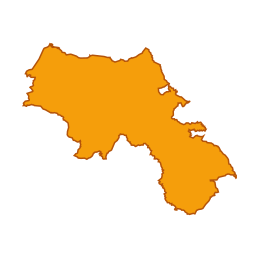 outline of Tianguistengo, Hidalgo, Mexico, rotated 262°
{"feature_id": "50627088B25883643006706", "entity_name": "Tianguistengo", "entity_type": "district", "adm_level": 2, "iso_a3": "MEX", "parent_name": "Mexico", "parent_adm1": "Hidalgo", "projection": "equal_earth", "projection_center": [-98.571, 20.781], "detail": "fine", "context": "isolated", "style": "filled", "palette": "amber", "viewbox_px": 256, "rotation_deg": 262, "n_neighbors": 0, "source": "geoboundaries", "source_scale": "gbopen_adm2", "svg_char_len": 5883}
<svg xmlns="http://www.w3.org/2000/svg" viewBox="0 0 256 256"><g transform="rotate(262 128 128)"><path d="M164.8,27.5L164.7,28.8L163.7,30.3L163.7,30.7L164.7,31.3L164.2,33.0L164.7,35.9L164.3,36.3L164.0,37.7L163.3,38.3L161.8,44.6L158.6,46.6L157.6,48.7L153.6,53.9L153.9,54.4L153.3,55.8L153.5,57.0L152.5,59.7L151.5,60.5L150.7,60.6L150.5,61.9L149.8,63.2L148.9,63.7L148.5,64.9L147.5,65.7L146.6,65.1L145.0,65.2L145.1,65.7L141.7,69.1L140.7,69.4L136.8,69.3L133.0,67.6L129.7,66.9L128.5,67.4L127.3,68.4L126.0,71.4L123.4,72.2L123.3,73.2L121.2,75.9L121.1,77.0L122.1,79.0L121.0,79.1L120.0,78.5L118.2,78.9L116.4,78.1L116.1,78.5L114.6,77.3L113.4,75.6L110.4,74.6L109.9,74.0L109.8,72.8L108.2,70.9L106.4,73.8L105.2,74.5L104.5,77.2L104.2,80.8L102.8,82.9L103.7,84.8L104.0,86.7L105.4,88.8L107.9,90.4L108.0,91.1L108.7,91.9L108.5,93.7L109.2,96.6L108.2,97.7L106.9,96.5L107.0,97.8L106.7,98.1L106.3,97.1L106.4,97.7L105.9,98.5L106.0,97.7L105.7,97.2L105.6,97.7L104.6,95.9L104.8,97.1L103.6,98.0L103.4,98.7L101.4,98.7L100.7,99.3L100.5,102.1L102.5,102.0L105.9,103.7L106.0,104.6L107.5,105.8L108.1,107.9L108.6,108.7L115.5,112.8L117.3,115.8L117.9,115.9L118.7,117.0L120.3,117.9L121.8,117.9L122.1,118.9L123.0,119.4L123.1,119.9L122.5,120.8L122.4,122.4L121.2,123.7L121.0,125.2L119.1,125.3L117.3,126.1L116.1,125.5L113.8,127.5L113.8,128.1L112.5,128.1L111.8,128.8L110.6,128.9L110.0,131.7L108.7,132.7L108.7,133.2L109.8,135.9L109.1,137.1L109.3,139.3L109.0,140.6L110.4,141.3L110.3,143.1L108.6,144.1L107.7,145.5L106.4,144.8L105.8,144.9L105.6,146.4L102.9,147.1L102.3,148.2L98.7,146.4L98.8,147.5L97.1,148.5L96.8,150.0L95.5,150.5L93.8,149.7L93.5,150.6L93.7,152.3L93.0,152.7L92.4,154.0L90.4,153.3L90.1,154.5L88.8,155.3L85.2,155.6L83.5,156.4L82.0,156.0L81.2,157.9L81.1,156.7L80.4,156.1L78.6,156.8L77.7,155.2L75.9,155.2L73.6,154.2L71.7,150.9L70.5,152.3L70.1,152.2L69.6,151.1L68.6,151.2L67.5,152.4L67.7,154.1L66.1,153.3L65.7,154.5L64.0,154.1L63.3,155.7L63.5,154.8L62.2,155.7L60.1,155.6L58.7,156.7L58.0,156.1L57.8,154.7L57.4,154.7L55.8,155.4L54.8,154.9L53.9,155.7L52.8,154.8L50.8,155.5L50.1,156.2L48.6,156.6L48.3,158.6L47.0,159.1L47.1,160.8L45.6,160.5L45.5,162.2L43.6,164.0L42.5,164.3L41.1,162.9L40.4,163.2L40.0,164.9L41.0,165.1L41.3,165.8L40.3,168.9L39.2,169.7L39.0,171.3L38.3,172.4L37.1,172.8L35.4,174.7L34.5,174.7L34.4,176.1L33.9,176.9L34.4,180.8L33.7,182.3L36.8,184.4L37.5,186.6L37.5,189.2L37.9,190.9L41.5,194.2L44.5,197.9L46.8,199.6L48.1,199.9L48.0,200.9L49.0,202.1L49.1,203.9L49.7,204.0L49.5,204.5L50.9,204.4L52.1,205.5L51.7,207.0L52.0,208.6L55.2,208.1L56.9,206.6L62.3,206.5L64.0,204.4L64.2,202.3L64.9,202.3L64.2,208.8L66.6,210.9L67.3,217.8L68.0,218.4L68.5,220.1L68.3,221.7L67.4,223.0L66.7,226.3L65.7,226.2L64.4,227.6L63.4,227.9L63.6,228.2L66.1,228.5L67.7,227.3L67.9,227.7L69.2,227.5L71.5,225.5L72.1,226.1L74.4,225.9L75.0,225.0L77.6,224.2L78.4,222.9L82.7,223.0L84.3,222.4L87.5,220.5L89.0,218.7L92.2,216.9L92.5,216.1L93.2,216.3L95.9,215.4L97.3,214.5L97.2,214.0L97.9,213.6L98.5,212.2L98.5,210.8L99.7,210.4L101.5,208.4L102.5,204.3L103.7,203.8L104.5,200.3L106.2,199.1L109.6,201.6L109.1,200.5L109.5,198.2L110.6,195.6L111.1,195.4L110.8,193.8L109.0,191.1L110.8,188.0L112.1,189.6L112.5,188.7L113.5,189.3L113.5,188.9L113.7,189.3L115.2,189.2L115.5,189.0L115.3,188.2L116.5,187.4L116.9,188.0L118.0,188.3L117.0,189.4L117.0,190.8L117.1,191.6L117.5,192.3L117.1,192.7L117.4,193.3L116.7,193.4L116.6,194.0L115.3,194.2L115.3,195.3L116.0,196.5L115.5,197.4L115.8,198.6L115.1,198.7L115.6,200.4L115.0,200.7L114.8,201.3L115.4,202.5L114.3,203.8L116.0,205.2L116.3,204.4L117.6,204.6L118.4,203.7L119.0,204.0L119.4,202.7L120.2,202.8L120.1,202.0L120.7,202.2L121.3,201.2L121.9,201.8L123.6,200.8L123.3,197.8L124.4,197.7L123.1,195.2L124.3,191.9L123.7,191.6L123.0,190.0L124.6,188.4L124.9,186.3L124.1,185.5L123.6,183.7L125.6,180.2L126.5,179.7L127.6,178.1L129.5,177.4L129.6,175.4L130.6,175.3L130.9,173.3L131.6,172.6L132.8,172.7L134.4,174.7L138.2,175.1L139.8,176.2L140.7,176.3L141.0,177.3L142.7,179.5L143.0,180.5L144.4,180.7L145.0,181.4L145.6,181.2L145.5,183.9L141.8,185.0L141.5,185.4L142.2,187.0L143.6,187.9L143.8,188.5L144.9,189.5L144.4,190.6L145.9,193.3L145.8,191.2L146.3,190.1L147.2,188.6L151.3,185.2L151.7,183.6L154.0,180.3L155.1,179.8L155.7,180.3L156.5,180.3L156.9,181.7L157.6,181.7L158.0,180.4L159.2,180.5L158.8,179.0L159.4,178.4L161.0,178.5L161.5,176.7L163.1,175.8L164.2,174.2L163.5,173.9L162.3,174.1L161.3,173.5L159.9,174.0L159.4,175.0L158.4,175.0L158.7,173.9L158.3,173.2L158.5,171.3L157.5,168.9L156.1,167.5L156.5,165.3L157.4,164.5L159.7,163.4L163.0,163.6L163.0,166.6L163.6,168.4L163.6,169.5L165.3,172.6L165.8,175.0L166.2,175.1L167.8,173.2L169.3,172.7L171.1,170.7L174.3,170.9L179.5,169.0L180.4,169.3L181.6,168.8L184.5,168.8L185.0,168.3L186.0,168.7L189.8,162.9L190.5,163.0L191.9,161.7L194.0,162.1L195.1,161.3L196.0,162.1L197.8,160.9L199.1,161.0L199.7,160.3L201.3,159.4L202.6,159.5L204.7,156.7L201.2,153.1L200.2,152.6L199.2,149.3L197.3,145.7L196.6,141.7L197.0,141.5L196.2,138.7L194.3,137.0L194.6,133.9L195.9,133.0L197.0,130.2L196.2,129.7L195.9,128.9L195.1,124.3L197.0,121.4L198.2,121.2L199.3,120.1L200.4,120.1L200.7,117.5L202.1,114.3L205.0,103.0L204.7,100.7L205.1,100.4L204.2,100.2L203.0,97.7L203.8,90.8L204.5,88.8L206.3,87.0L208.8,82.2L209.1,81.2L209.0,77.1L211.4,75.9L212.1,73.3L213.6,72.9L216.2,70.7L216.5,69.9L216.9,70.9L217.2,70.7L218.5,66.2L219.2,65.0L218.3,65.3L218.4,64.3L220.5,62.8L220.5,64.7L221.1,64.9L221.9,64.1L221.6,63.4L222.3,62.5L220.1,61.0L219.3,59.5L218.7,56.3L218.0,55.5L208.6,49.5L199.8,41.6L199.4,40.9L199.4,38.3L198.7,36.4L198.3,35.5L196.0,34.0L195.5,35.2L193.0,35.2L192.9,35.6L194.1,36.8L194.4,37.8L193.8,38.9L192.8,38.1L191.7,39.1L191.0,43.1L188.8,42.3L188.0,40.8L187.1,40.9L185.6,40.0L183.5,40.3L182.7,39.4L182.3,37.1L181.8,36.6L180.4,37.8L177.9,39.0L177.3,38.3L176.3,32.9L173.5,34.2L171.2,33.6L170.2,34.2L169.5,34.1L169.0,33.5L168.8,30.0L167.1,27.9L165.9,28.3L164.8,27.5Z" fill="#f59e0b" stroke="#b45309" stroke-width="1.5"/></g></svg>